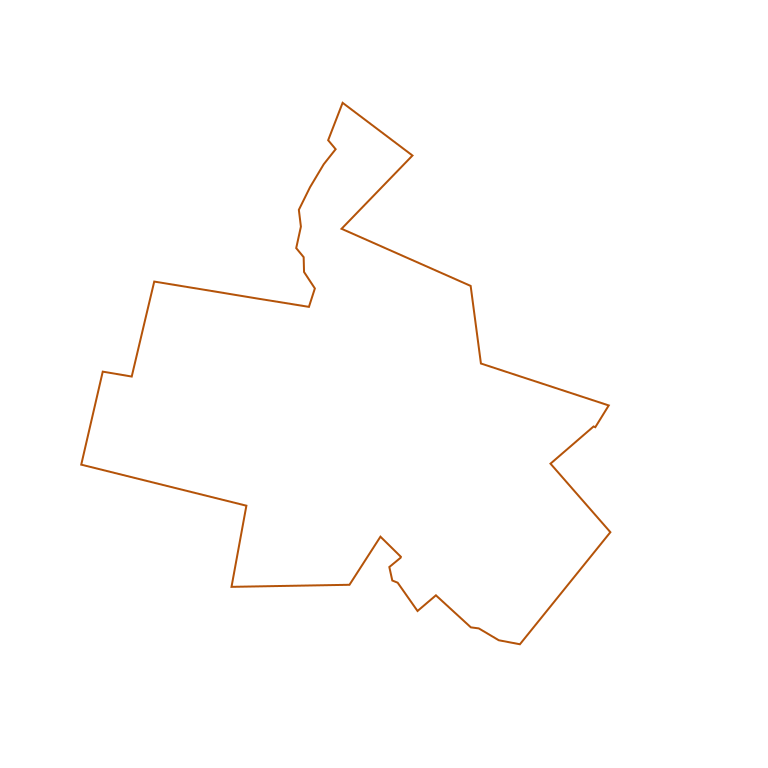 Redcliff, Midlands, Zimbabwe (Mercator projection), rotated 22°
{"feature_id": "62879985B17872129948675", "entity_name": "Redcliff", "entity_type": "district", "adm_level": 2, "iso_a3": "ZWE", "parent_name": "Zimbabwe", "parent_adm1": "Midlands", "projection": "mercator", "projection_center": [29.763, -19.011], "detail": "fine", "context": "isolated", "style": "outline", "palette": "amber", "viewbox_px": 768, "rotation_deg": 22, "n_neighbors": 0, "source": "geoboundaries", "source_scale": "gbopen_adm2", "svg_char_len": 741}
<svg xmlns="http://www.w3.org/2000/svg" viewBox="0 0 768 768"><g transform="rotate(22 384 384)"><path d="M324.8,161.5L240.3,138.8L240.9,178.9L251.2,184.4L245.8,202.8L241.7,229.2L239.8,254.4L248.0,269.2L251.7,290.9L262.0,296.5L267.9,310.1L284.1,321.3L285.5,340.6L236.8,351.7L221.6,355.1L210.9,357.5L202.8,359.3L132.6,375.1L137.7,408.8L147.3,471.6L118.6,477.9L133.5,572.2L302.0,548.4L318.6,629.2L427.2,583.1L437.9,526.9L464.4,537.9L464.5,538.8L457.5,551.7L465.3,563.1L467.2,563.1L469.1,563.1L471.1,563.1L500.1,581.9L511.3,560.5L555.7,577.1L563.4,575.1L586.4,578.6L607.5,574.4L649.4,436.6L568.2,395.5L594.2,344.9L596.1,344.9L600.4,319.7L466.2,328.7L427.6,260.6L286.5,256.0L324.8,161.5Z" fill="none" stroke="#b45309" stroke-width="2"/></g></svg>